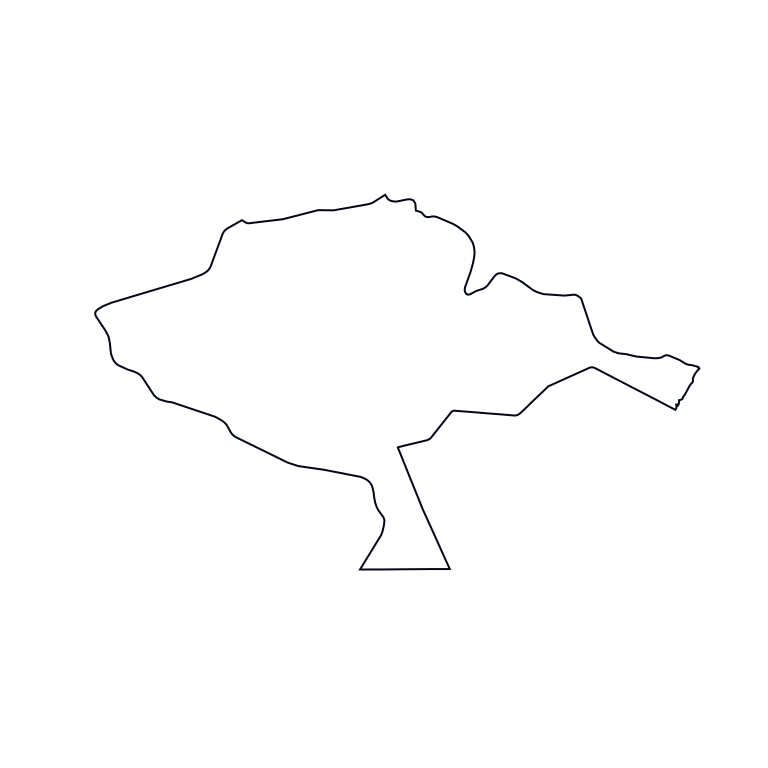 map outline of Al Jawf (Natural Earth projection), rotated 197°
{"feature_id": "SAU-862", "entity_name": "Al Jawf", "entity_type": "Region", "adm_level": 1, "iso_a3": "SAU", "parent_name": "Saudi Arabia", "parent_adm1": "", "projection": "natural_earth1", "projection_center": [37.819, 29.945], "detail": "fine", "context": "isolated", "style": "outline", "palette": "ink", "viewbox_px": 768, "rotation_deg": 197, "n_neighbors": 0, "source": "natural_earth", "source_scale": "10m", "svg_char_len": 3147}
<svg xmlns="http://www.w3.org/2000/svg" viewBox="0 0 768 768"><g transform="rotate(197 384 384)"><path d="M187.3,461.0L189.6,460.9L191.8,460.0L200.9,452.0L209.8,444.2L219.6,435.6L226.1,429.9L231.5,420.3L236.8,410.9L240.6,403.9L245.3,395.6L247.3,393.3L249.6,392.1L256.9,390.5L264.4,388.9L276.4,386.2L288.4,383.6L299.6,381.1L309.5,378.9L311.3,377.2L315.0,367.6L317.8,360.5L320.8,352.8L323.3,346.5L324.4,344.6L326.3,342.9L335.4,337.5L345.5,331.6L351.6,327.9L352.2,327.6L352.3,327.5L352.3,327.4L348.1,322.3L339.0,311.0L329.8,299.6L320.6,288.3L311.4,276.9L311.2,276.6L310.9,276.3L310.7,276.0L310.4,275.6L299.5,263.3L288.9,251.2L288.7,251.0L277.9,238.6L267.0,226.3L270.2,225.3L287.7,219.9L308.4,213.4L329.0,206.9L333.9,205.4L349.7,200.5L352.7,199.6L342.6,238.5L342.3,241.9L342.7,248.2L343.1,250.9L343.2,251.5L343.5,252.8L344.1,254.5L345.5,256.3L352.6,261.7L355.2,264.4L358.0,268.4L360.3,272.8L361.8,276.4L364.7,281.6L366.1,283.5L367.9,285.1L369.8,286.3L371.6,287.1L375.4,288.0L379.4,288.3L416.6,284.4L442.3,280.4L453.4,280.7L509.9,289.8L512.7,290.6L514.7,291.7L516.7,293.3L522.8,299.1L525.0,300.3L527.8,301.5L535.7,303.3L581.4,304.5L586.4,303.7L594.6,303.6L597.9,304.6L600.6,305.9L617.4,320.0L619.6,321.2L622.5,322.2L627.0,322.8L633.8,322.9L643.7,324.3L646.2,325.2L649.3,327.3L651.0,329.2L653.2,332.0L654.2,333.7L658.1,342.9L660.5,347.5L662.1,349.7L666.2,353.8L678.8,364.1L680.4,365.9L681.0,367.9L680.6,369.9L679.2,372.1L675.5,376.2L668.5,382.0L598.9,428.3L589.9,435.7L587.9,437.8L586.2,439.9L585.1,442.0L584.4,444.2L584.1,446.4L582.2,480.3L582.1,481.1L581.8,482.5L581.0,484.4L579.6,486.6L567.8,499.1L562.5,497.8L560.7,498.0L528.9,512.0L497.8,531.0L483.1,535.3L451.3,551.5L449.3,552.9L447.4,554.5L438.2,565.3L434.9,562.4L433.7,561.8L432.2,561.3L430.1,561.2L427.2,561.6L424.8,562.4L416.0,567.2L413.8,568.1L411.7,568.4L409.7,568.2L407.9,566.8L406.6,565.3L404.2,559.1L400.5,559.2L398.9,559.1L397.1,558.3L394.3,556.6L392.4,556.1L389.6,556.8L387.4,558.1L384.6,559.0L381.6,559.1L364.8,557.3L359.6,556.1L350.3,552.7L346.4,550.4L340.8,545.4L339.3,543.4L338.0,541.2L337.0,539.2L335.7,535.7L334.8,531.3L334.2,525.5L334.0,516.5L334.8,500.1L334.4,497.7L333.5,495.8L331.9,494.4L330.1,493.9L328.2,494.7L323.0,499.9L317.4,503.8L315.7,505.5L314.4,507.4L313.4,509.6L310.0,518.9L309.0,521.0L307.6,522.8L305.6,523.8L303.3,524.4L288.8,523.5L281.8,521.9L269.1,517.4L264.2,516.6L257.6,516.6L237.3,521.3L228.1,525.1L226.8,525.2L224.7,525.0L221.2,523.8L220.7,523.5L220.1,522.9L198.6,492.7L195.9,490.1L192.1,487.3L190.1,486.3L173.7,482.0L168.2,482.0L161.6,483.3L150.4,484.1L133.2,487.6L129.6,488.8L126.6,490.4L123.7,493.3L122.3,494.1L120.2,494.5L108.2,493.3L101.4,491.5L98.5,491.4L95.6,492.0L88.5,492.2L88.4,491.6L87.0,491.2L87.0,490.5L88.3,488.3L89.7,484.1L90.3,479.7L89.4,477.2L89.4,475.8L90.4,473.9L91.2,471.7L93.0,462.6L93.4,461.2L94.3,458.9L94.2,458.3L94.3,456.9L95.1,456.0L97.1,454.8L96.5,453.1L96.3,450.9L96.7,449.4L97.6,450.0L97.7,449.6L97.7,449.3L97.9,449.2L98.3,449.3L97.6,447.7L97.4,446.0L97.8,444.5L107.1,446.2L117.0,448.1L130.1,450.5L141.7,452.6L154.2,454.9L164.1,456.7L168.9,457.6L178.6,459.4L187.3,461.0Z" fill="none" stroke="#020617" stroke-width="2"/></g></svg>